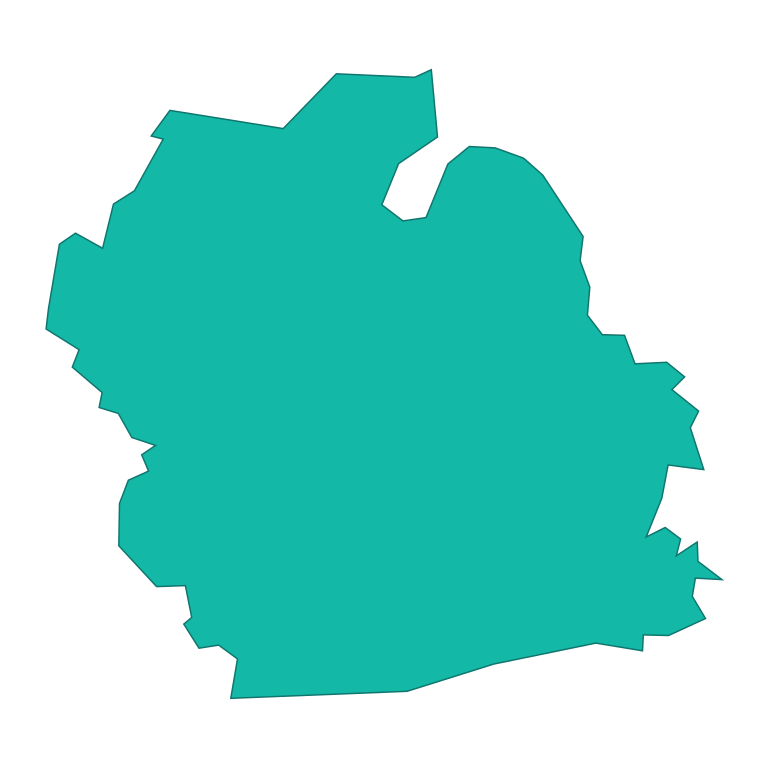 Muhlenberg, Kentucky, United States of America (Mercator projection)
{"feature_id": "52423323B14041268945956", "entity_name": "Muhlenberg", "entity_type": "district", "adm_level": 2, "iso_a3": "USA", "parent_name": "United States of America", "parent_adm1": "Kentucky", "projection": "mercator", "projection_center": [-87.122, 37.228], "detail": "fine", "context": "isolated", "style": "filled", "palette": "teal", "viewbox_px": 768, "rotation_deg": 0, "n_neighbors": 0, "source": "geoboundaries", "source_scale": "gbopen_adm2", "svg_char_len": 1034}
<svg xmlns="http://www.w3.org/2000/svg" viewBox="0 0 768 768"><path d="M493.5,664.1L595.8,643.1L642.5,650.8L643.3,634.9L668.5,635.5L705.5,618.5L692.3,596.4L695.4,578.1L721.9,579.6L698.0,561.4L697.2,542.0L676.3,555.8L680.6,539.0L665.2,527.5L646.2,537.0L661.8,498.2L668.1,465.0L703.8,469.6L690.3,427.7L698.6,411.1L671.9,389.6L684.6,376.9L666.7,362.3L635.0,363.8L624.5,335.3L602.3,334.7L587.4,315.2L589.8,287.2L580.1,260.7L583.1,236.5L542.8,175.2L523.6,158.2L495.2,147.9L469.3,146.5L447.9,164.0L426.0,217.6L402.9,220.9L381.8,204.8L398.6,163.6L437.5,137.0L431.3,69.7L414.7,77.3L336.3,73.8L283.2,128.6L169.9,110.4L151.2,136.0L163.2,139.1L134.4,190.8L113.5,204.0L102.6,248.3L75.5,233.2L59.4,244.2L48.5,308.5L46.1,329.0L79.1,349.7L72.3,367.1L102.1,392.5L99.1,407.5L118.3,413.4L131.8,437.5L155.5,445.4L141.7,454.8L148.6,471.1L128.4,480.2L119.5,503.4L118.8,545.8L156.6,586.6L185.4,585.6L191.7,617.4L183.8,624.1L199.0,648.2L218.6,645.1L237.5,658.9L230.8,698.3L407.0,691.3L493.5,664.1Z" fill="#14b8a6" stroke="#0f766e" stroke-width="1.5"/></svg>